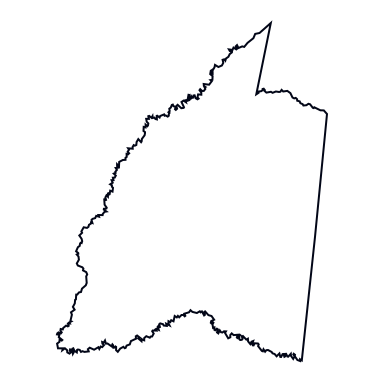 Barão de Melgaço, Mato Grosso, Brazil (Robinson projection)
{"feature_id": "56859067B92677344979366", "entity_name": "Barão de Melgaço", "entity_type": "district", "adm_level": 2, "iso_a3": "BRA", "parent_name": "Brazil", "parent_adm1": "Mato Grosso", "projection": "robinson", "projection_center": [-56.194, -16.698], "detail": "fine", "context": "isolated", "style": "outline", "palette": "ink", "viewbox_px": 384, "rotation_deg": 0, "n_neighbors": 0, "source": "geoboundaries", "source_scale": "gbopen_adm2", "svg_char_len": 5931}
<svg xmlns="http://www.w3.org/2000/svg" viewBox="0 0 384 384"><path d="M294.7,356.1L297.4,360.0L300.1,361.0L300.1,359.3L301.8,360.4L315.0,236.9L327.0,114.0L323.8,110.4L320.4,110.3L314.3,107.3L313.7,108.1L312.8,107.8L310.1,104.3L308.4,103.8L306.4,105.2L303.4,105.5L302.6,104.1L300.4,103.2L299.7,101.4L297.2,100.7L297.1,99.2L295.7,97.9L294.2,98.4L292.5,97.5L290.4,93.1L287.3,90.9L283.2,91.5L281.6,89.9L280.4,91.7L279.1,92.0L275.9,91.5L272.6,92.8L270.9,91.8L266.4,92.6L264.5,90.9L264.8,90.1L263.7,88.7L262.6,89.0L262.5,90.3L261.1,91.2L258.7,91.5L258.6,92.8L256.3,94.3L270.8,23.0L259.5,33.0L255.2,33.9L253.4,38.2L247.6,42.8L244.2,46.9L242.2,46.4L238.5,48.0L237.0,45.1L235.7,46.4L237.0,48.8L236.3,49.4L233.5,47.6L232.5,49.9L228.9,49.4L229.8,51.0L232.0,51.6L231.9,52.4L229.7,54.1L228.4,56.8L226.0,58.5L225.3,60.7L224.2,59.3L222.6,59.8L223.3,62.8L221.9,65.5L218.4,67.0L215.0,64.9L214.5,67.3L212.3,71.0L211.8,70.1L210.8,70.7L210.2,74.1L212.6,76.1L212.4,79.8L210.5,80.1L211.7,81.3L209.1,84.7L203.7,84.0L203.9,86.0L205.4,87.0L204.6,87.4L205.3,89.0L203.8,90.9L202.1,91.0L200.2,89.2L199.5,90.2L201.3,92.7L201.3,94.7L198.1,94.4L197.5,97.3L198.6,98.6L197.5,99.3L195.6,98.2L194.6,95.3L193.5,95.5L193.0,97.7L192.3,97.8L191.3,96.3L191.1,98.5L189.6,99.3L189.1,94.9L188.5,94.8L187.6,99.8L188.5,100.4L186.8,101.0L186.1,100.1L185.3,100.3L185.9,102.2L183.5,100.6L181.5,102.0L184.0,107.3L183.6,107.9L181.3,108.2L177.6,104.8L176.3,106.1L177.1,108.7L175.8,109.9L175.0,109.2L175.7,106.9L173.5,106.2L172.8,104.6L171.8,105.0L170.8,107.6L169.3,108.7L169.7,111.0L168.5,112.2L169.5,113.0L168.7,114.3L168.8,115.7L167.7,116.6L165.6,115.4L164.6,115.7L164.1,114.4L160.2,116.0L159.6,117.5L157.2,115.7L156.7,115.9L156.9,119.4L155.4,119.0L154.4,117.6L152.7,118.0L152.5,116.1L151.5,117.8L149.2,115.9L148.3,116.2L148.9,118.9L146.2,118.9L146.7,121.7L148.3,123.4L148.0,125.4L147.4,126.2L145.6,124.6L145.6,127.4L143.7,126.9L143.5,131.0L145.0,132.1L145.0,133.2L144.6,135.3L141.9,138.9L141.6,141.5L141.1,142.2L138.3,139.1L136.6,142.0L136.3,145.0L134.8,145.7L133.7,145.1L132.6,147.0L132.7,148.7L128.1,148.3L129.0,149.7L127.6,151.9L129.1,153.3L128.0,154.4L126.6,154.0L126.7,156.9L125.5,157.8L125.5,159.8L122.8,160.0L119.2,161.9L119.0,166.2L117.1,164.3L117.1,166.2L118.0,167.7L115.7,168.0L116.9,169.9L115.3,171.8L115.6,172.9L113.8,173.6L115.8,175.6L114.7,177.6L112.9,177.7L113.5,180.1L111.6,180.2L112.7,182.7L110.2,184.3L111.9,185.3L111.9,186.7L113.0,187.8L112.5,191.6L110.2,190.7L109.6,194.3L108.8,194.6L108.8,193.1L108.0,193.4L107.9,196.7L106.5,195.3L105.4,197.4L106.0,199.9L105.2,200.1L104.2,198.5L104.6,204.7L106.7,207.7L106.4,208.5L103.9,208.8L103.8,209.6L106.4,211.5L104.6,211.8L102.8,213.9L102.6,215.1L98.4,215.0L99.0,216.7L96.2,215.9L95.2,218.1L92.5,218.9L91.5,220.0L92.4,223.0L91.0,222.5L90.9,223.6L89.0,224.8L88.4,226.9L87.0,227.9L83.7,227.3L81.4,231.4L82.1,232.8L79.3,235.5L81.6,238.8L82.2,241.2L81.6,243.1L80.6,242.8L80.0,243.8L79.7,245.9L77.9,247.2L76.1,251.3L78.2,253.0L78.3,253.8L76.8,254.5L78.5,256.5L78.9,259.7L76.8,263.4L77.8,265.5L82.4,267.3L83.4,268.6L83.0,270.4L86.2,272.1L87.2,274.4L86.2,276.4L86.7,282.9L85.8,285.3L82.0,288.6L81.0,292.0L79.0,292.4L77.2,294.6L76.2,294.6L75.9,299.4L75.1,299.9L74.8,303.4L72.9,306.9L74.6,309.7L71.0,312.3L71.9,314.7L70.4,321.0L71.3,321.4L69.0,322.6L69.8,323.6L68.0,323.8L68.7,325.8L67.8,326.4L66.1,325.6L63.2,328.0L62.8,329.4L60.7,329.0L60.4,330.6L61.7,332.4L60.9,333.4L58.5,332.4L57.3,333.4L57.0,334.4L59.4,334.7L58.8,337.2L62.3,340.0L61.7,340.6L59.6,339.6L59.4,341.9L57.1,343.6L58.0,348.3L62.9,348.3L62.4,350.2L64.9,348.3L67.1,350.2L67.3,352.4L69.5,353.6L71.2,352.1L69.7,350.8L70.1,349.4L72.3,350.4L72.6,348.6L73.3,348.3L74.4,350.7L76.8,352.4L77.1,349.9L77.9,349.5L79.7,349.9L81.0,351.9L82.4,351.2L84.5,351.9L88.7,351.4L87.9,349.2L89.7,347.7L94.1,349.7L98.4,347.2L99.3,349.0L100.7,346.5L102.2,347.1L104.0,345.1L102.4,343.6L102.2,342.0L103.7,342.6L105.0,340.5L105.9,343.6L107.5,343.5L111.5,346.3L112.4,344.4L113.0,345.1L113.1,347.6L113.9,347.8L115.3,346.4L116.1,346.9L116.1,350.2L117.8,351.8L120.2,348.6L123.4,346.8L124.7,348.2L125.6,347.9L126.6,345.6L129.8,344.4L130.9,341.1L136.0,338.7L135.8,336.3L137.1,335.5L139.8,337.6L138.5,337.5L138.1,338.3L141.5,341.2L141.6,339.4L144.2,340.3L144.2,338.1L146.3,336.2L149.8,337.7L150.6,336.6L152.1,336.5L153.7,333.6L152.2,331.2L152.7,330.5L156.3,330.6L155.4,329.4L156.4,328.7L158.7,329.8L157.7,326.7L158.3,326.1L159.2,327.3L159.9,327.0L159.2,324.3L160.2,323.4L163.0,324.2L163.7,325.5L166.7,325.9L166.2,323.7L169.5,325.4L168.4,323.1L168.5,321.2L170.3,322.1L171.2,320.2L173.5,321.3L174.7,316.0L176.8,317.4L177.9,315.9L179.2,317.3L181.5,315.0L183.4,315.0L184.7,316.3L185.3,315.8L184.3,313.7L189.0,312.3L190.5,310.2L192.4,311.9L196.9,313.0L199.8,311.3L200.6,312.3L201.9,311.4L204.1,315.4L204.9,314.8L204.4,311.9L205.1,311.4L208.4,315.1L211.5,316.0L214.1,319.7L211.2,321.1L210.8,322.8L211.3,323.3L212.7,322.1L213.4,322.7L212.5,324.4L213.1,327.9L214.4,327.4L214.4,329.8L215.2,330.3L216.9,328.7L217.9,329.4L217.0,332.4L218.3,333.4L219.8,330.4L221.0,332.2L222.4,332.5L224.0,331.3L225.9,331.4L225.0,332.9L228.2,338.3L230.3,337.3L230.3,335.0L231.7,333.4L233.6,335.1L239.6,334.6L240.2,335.1L237.3,336.3L236.8,337.2L237.4,338.1L239.3,337.1L239.3,339.2L240.2,340.0L241.8,339.8L242.6,338.8L241.9,336.6L242.9,336.0L246.3,339.6L247.9,338.7L248.1,341.4L250.3,344.1L251.5,341.7L253.2,341.0L252.2,344.3L252.9,345.4L253.6,345.4L254.6,343.3L258.0,343.5L258.7,344.4L258.1,346.1L261.8,350.9L262.8,351.3L263.5,349.3L265.1,351.7L266.3,350.2L268.0,350.0L271.7,352.0L272.5,353.3L274.6,354.0L276.6,356.3L279.4,353.5L280.3,356.9L281.1,357.0L282.6,354.1L283.5,354.0L284.4,356.8L285.1,356.4L285.3,353.9L286.1,353.8L287.4,356.5L288.2,356.7L290.8,353.8L291.0,355.9L293.2,358.9L294.7,356.1ZM294.7,356.1L293.3,354.6L293.7,353.8L295.0,354.8L294.7,356.1ZM212.3,71.0L212.6,71.7L212.6,73.7L211.6,73.3L212.3,71.0ZM72.3,350.4L72.7,352.7L72.9,353.8L74.1,351.6L72.3,350.4Z" fill="none" stroke="#020617" stroke-width="2"/></svg>